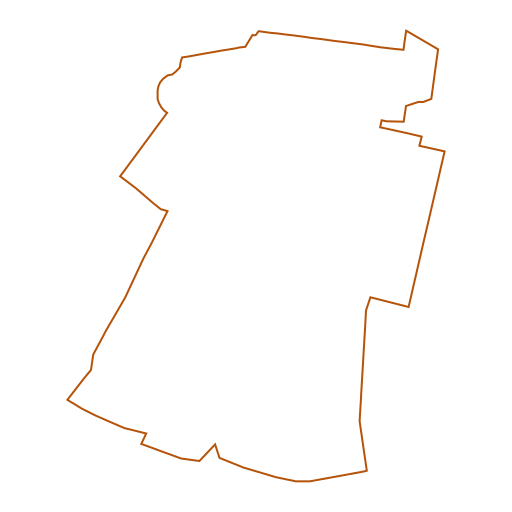 Carna, Dolj, Romania
{"feature_id": "2599482B28740347601774", "entity_name": "Carna", "entity_type": "district", "adm_level": 2, "iso_a3": "ROU", "parent_name": "Romania", "parent_adm1": "Dolj", "projection": "equal_earth", "projection_center": [23.609, 43.848], "detail": "fine", "context": "isolated", "style": "outline", "palette": "amber", "viewbox_px": 512, "rotation_deg": 0, "n_neighbors": 0, "source": "geoboundaries", "source_scale": "gbopen_adm2", "svg_char_len": 1706}
<svg xmlns="http://www.w3.org/2000/svg" viewBox="0 0 512 512"><path d="M438.1,49.3L406.2,30.7L405.0,38.4L404.6,41.5L403.5,49.8L393.3,48.8L392.9,48.7L390.7,48.5L380.6,47.3L369.1,45.5L364.5,44.7L358.0,43.8L356.2,43.6L343.6,42.0L335.0,41.0L334.1,40.9L326.5,39.8L323.0,39.3L316.3,38.5L311.9,38.0L311.2,37.9L308.0,37.4L304.8,36.9L301.7,36.5L299.7,36.2L296.4,35.8L292.7,35.3L286.3,34.6L281.0,33.9L276.0,33.3L271.3,32.9L268.0,32.5L264.4,32.0L259.5,31.3L258.8,31.2L258.7,31.3L258.1,31.8L256.4,34.3L255.6,35.1L254.2,35.3L253.2,35.2L252.5,35.0L251.9,36.0L245.3,46.8L238.5,47.6L237.1,48.1L235.2,48.4L229.2,49.4L220.8,50.7L213.2,52.1L204.9,53.5L188.4,56.5L182.2,57.4L181.1,60.3L180.2,64.4L179.9,67.4L178.1,69.2L175.6,71.8L172.2,74.5L167.6,75.4L163.0,78.9L160.1,82.4L158.4,86.3L157.6,90.7L157.6,98.9L158.9,103.0L161.5,107.6L164.2,110.7L167.1,112.8L124.6,170.3L120.1,176.3L136.0,188.3L152.2,202.3L160.9,209.3L162.4,209.6L167.5,211.1L151.5,243.3L143.4,258.5L125.2,297.5L105.6,331.3L103.1,336.2L93.2,354.6L91.0,369.9L84.4,377.9L67.4,399.8L68.1,400.3L81.8,408.6L89.1,412.3L95.7,415.6L102.5,418.6L109.3,421.6L120.2,426.3L121.6,426.9L123.0,427.5L124.5,428.1L146.2,433.5L141.3,443.9L161.6,451.4L181.1,458.5L199.4,461.0L215.1,444.4L219.5,457.9L243.3,467.5L276.0,477.2L295.6,481.3L310.0,481.3L337.0,476.4L363.8,471.5L366.8,470.7L363.7,449.5L362.4,440.5L359.6,421.1L361.1,396.4L361.1,395.4L365.4,322.3L366.0,310.5L370.4,297.3L408.6,307.0L418.4,264.5L423.5,242.3L428.9,219.3L444.6,151.4L427.7,147.6L419.4,145.8L421.7,136.6L405.9,132.9L380.2,127.3L381.6,120.3L386.8,121.3L403.7,121.7L406.0,106.0L417.3,102.3L418.9,101.9L423.2,102.0L431.3,98.9L435.9,64.8L437.4,54.3L438.1,49.3Z" fill="none" stroke="#b45309" stroke-width="2"/></svg>